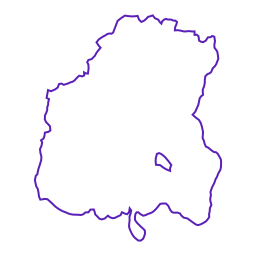 outline of São Pedro, São Paulo, Brazil
{"feature_id": "56859067B92342364496161", "entity_name": "São Pedro", "entity_type": "district", "adm_level": 2, "iso_a3": "BRA", "parent_name": "Brazil", "parent_adm1": "São Paulo", "projection": "equal_earth", "projection_center": [-47.917, -22.558], "detail": "fine", "context": "isolated", "style": "outline", "palette": "violet", "viewbox_px": 256, "rotation_deg": 0, "n_neighbors": 0, "source": "geoboundaries", "source_scale": "gbopen_adm2", "svg_char_len": 3477}
<svg xmlns="http://www.w3.org/2000/svg" viewBox="0 0 256 256"><path d="M59.1,84.0L57.7,87.5L55.0,89.5L51.0,91.2L48.0,90.1L47.4,93.7L46.6,97.9L49.0,99.1L48.2,102.3L48.1,104.9L47.2,107.2L47.2,110.1L46.4,112.5L45.0,115.4L44.8,119.3L46.1,122.2L47.9,123.9L50.0,126.3L50.4,130.5L48.3,131.9L44.9,132.6L44.3,136.5L43.4,138.7L41.0,140.3L42.2,142.4L41.4,146.1L40.0,149.1L40.4,152.9L41.4,156.6L41.2,160.2L39.6,165.5L38.5,168.7L37.9,171.3L37.3,174.3L35.8,175.8L34.9,180.2L36.2,186.2L37.8,189.0L38.5,192.6L39.0,196.6L40.3,199.6L42.2,199.4L44.4,198.9L47.4,199.2L50.6,202.0L52.8,204.1L54.3,205.6L55.9,207.0L58.7,209.0L61.0,210.3L62.6,211.2L64.6,211.9L66.6,212.7L68.6,213.6L71.6,214.4L74.2,214.7L76.1,214.7L78.9,214.8L81.1,215.0L83.4,214.2L85.4,212.4L88.5,212.3L90.4,209.6L93.8,209.5L94.7,212.0L95.3,214.5L97.4,216.5L99.4,218.7L101.8,219.4L104.8,218.5L107.9,215.7L110.0,217.3L112.4,218.2L114.6,218.0L117.4,216.6L120.5,215.2L122.0,212.2L124.3,213.4L127.3,214.2L129.1,212.0L129.7,208.4L131.2,210.5L130.5,213.8L129.5,216.6L129.6,220.1L129.3,223.0L129.0,226.3L129.7,229.0L130.7,231.3L131.7,233.4L132.8,235.3L134.7,237.7L138.2,240.5L140.8,240.6L143.0,238.9L144.1,236.6L145.0,233.7L144.8,230.4L142.6,228.2L140.9,226.7L139.1,224.9L137.1,222.9L135.1,220.2L134.9,217.4L135.4,214.1L136.6,212.3L138.4,212.4L140.8,214.4L143.3,215.7L145.6,215.1L148.1,213.9L149.9,213.3L151.7,212.6L153.6,211.3L156.0,209.0L158.5,206.0L160.2,203.9L162.4,203.5L165.9,203.5L168.2,205.7L170.1,209.7L171.8,212.0L173.7,212.7L177.4,212.6L180.1,213.5L181.2,215.4L183.7,217.6L187.5,218.5L191.5,221.4L193.9,223.1L195.9,224.5L197.8,225.1L200.0,224.6L202.0,223.7L203.9,222.6L205.8,221.5L207.3,219.8L209.2,217.2L209.1,213.9L209.7,211.4L209.9,208.1L211.4,205.0L210.4,201.2L210.2,198.6L210.9,195.4L210.5,191.9L212.1,187.2L213.6,184.4L214.6,182.2L215.5,179.4L216.9,177.0L218.4,173.2L220.4,169.8L221.0,166.4L221.1,162.4L220.9,159.5L219.1,156.1L217.7,153.7L216.1,152.3L213.6,151.9L210.8,149.8L208.5,147.8L205.9,146.6L204.6,143.6L203.9,140.8L202.6,138.0L202.9,134.4L203.0,131.6L202.4,129.1L201.9,126.6L200.7,122.9L199.1,120.1L195.7,117.5L192.6,114.7L195.3,111.7L196.8,108.3L198.4,104.7L199.0,101.5L199.7,98.3L201.0,96.4L203.0,94.9L202.8,92.4L202.8,89.4L204.0,86.6L204.8,82.8L204.8,80.0L205.3,76.3L207.5,74.1L209.4,73.4L211.2,72.0L212.7,68.3L214.8,66.3L216.2,64.2L218.3,58.8L217.8,54.5L217.2,51.4L214.5,47.7L214.3,45.1L215.0,41.1L214.3,36.7L212.1,36.0L210.6,37.2L207.9,37.4L205.7,40.7L203.0,42.2L200.9,41.7L199.1,40.6L198.5,36.3L196.8,34.7L194.6,34.9L194.5,31.4L192.4,31.5L189.1,31.1L184.2,31.5L180.4,30.6L177.8,30.2L174.9,30.4L175.2,27.1L176.4,24.3L177.0,21.9L175.2,20.6L173.4,20.6L170.9,19.5L167.8,19.5L165.9,18.9L164.1,19.6L162.2,21.3L161.4,23.6L159.9,22.2L158.3,19.7L154.9,18.2L152.7,15.4L149.9,16.4L148.1,16.8L146.0,19.1L143.6,21.0L141.3,21.9L139.1,19.7L137.6,15.9L134.5,16.3L132.2,16.4L128.1,16.1L124.9,15.6L121.0,18.2L117.6,20.9L113.2,32.5L111.6,33.7L109.5,33.5L107.3,34.0L105.5,35.3L102.8,36.7L100.4,38.3L98.7,39.5L96.5,42.3L98.7,45.7L100.6,47.7L98.5,50.2L96.7,52.5L94.7,56.0L91.6,59.1L88.4,60.0L87.2,62.2L88.4,64.6L88.6,68.5L87.9,73.6L85.9,73.4L84.1,72.4L84.2,75.4L82.2,76.4L79.2,75.7L76.8,77.9L74.6,80.4L72.5,81.8L70.2,82.4L68.5,83.3L65.8,84.2L63.8,84.8L61.5,83.6L59.1,84.0ZM163.5,167.7L160.1,165.1L156.0,164.8L155.6,161.3L155.8,158.1L156.9,153.9L159.0,153.1L161.1,153.9L162.8,155.2L164.5,156.6L166.5,158.8L168.9,161.7L171.3,165.0L170.1,168.1L170.1,170.9L166.2,169.3L163.5,167.7Z" fill="none" stroke="#5b21b6" stroke-width="2"/></svg>